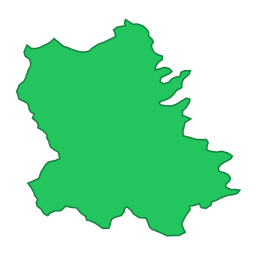 Santa Branca, São Paulo, Brazil, rotated 89°
{"feature_id": "56859067B45307591425781", "entity_name": "Santa Branca", "entity_type": "district", "adm_level": 2, "iso_a3": "BRA", "parent_name": "Brazil", "parent_adm1": "São Paulo", "projection": "equal_earth", "projection_center": [-45.869, -23.418], "detail": "fine", "context": "isolated", "style": "filled", "palette": "green", "viewbox_px": 256, "rotation_deg": 89, "n_neighbors": 0, "source": "geoboundaries", "source_scale": "gbopen_adm2", "svg_char_len": 2683}
<svg xmlns="http://www.w3.org/2000/svg" viewBox="0 0 256 256"><g transform="rotate(89 128 128)"><path d="M43.3,227.5L47.2,229.3L50.5,230.6L54.4,229.5L57.6,225.2L61.8,224.0L64.8,224.7L67.9,226.6L72.3,228.1L75.7,229.3L79.0,230.9L83.1,236.0L86.6,237.2L89.4,238.8L92.9,237.5L97.1,236.5L99.4,232.0L101.1,228.7L103.9,227.0L107.5,226.5L110.2,225.0L112.5,221.6L116.6,223.4L120.1,219.2L123.2,217.6L126.2,218.1L128.3,214.2L130.9,211.2L133.3,209.1L136.9,209.3L139.8,207.3L142.6,206.9L145.6,205.8L148.5,202.2L150.9,198.0L154.2,197.5L157.3,196.6L159.3,201.4L160.6,208.1L163.2,211.0L166.3,213.0L170.8,215.9L176.8,217.9L179.2,223.4L181.5,229.1L184.7,226.7L188.1,224.6L190.6,223.4L194.4,222.1L197.8,219.5L201.2,221.1L204.6,220.1L207.6,216.3L212.2,213.6L214.3,209.8L211.9,207.7L209.6,202.5L209.5,196.7L207.0,193.7L204.9,191.4L206.3,186.6L207.0,180.8L212.1,176.8L215.7,171.8L219.3,171.0L220.2,167.4L222.2,163.0L224.9,159.1L227.9,155.2L227.9,148.9L224.5,147.7L219.2,146.3L217.0,142.7L215.4,136.3L211.9,133.4L208.7,133.0L206.7,130.5L210.0,126.7L213.8,124.2L215.8,121.4L217.9,118.3L218.4,111.6L222.6,109.8L227.3,108.2L229.7,105.7L231.4,101.6L233.9,95.8L236.5,90.7L236.3,84.6L236.4,78.9L233.3,72.6L229.5,74.4L225.0,76.0L220.9,74.2L217.3,72.1L214.1,69.9L210.8,67.3L207.2,67.9L206.6,63.1L204.9,58.3L208.9,56.1L209.7,51.4L206.6,46.5L203.3,45.4L202.1,41.6L199.5,36.1L196.9,29.2L196.5,24.1L195.3,20.0L192.1,17.2L191.4,21.5L191.4,26.0L188.8,31.1L185.5,31.0L183.2,27.7L179.9,26.4L176.8,28.4L174.5,32.1L172.9,37.7L169.5,38.4L166.7,36.5L164.0,32.5L160.7,25.9L158.0,24.1L154.9,28.3L152.9,34.7L153.7,39.8L152.6,46.7L151.2,49.6L147.7,49.4L144.0,48.1L140.9,49.9L140.9,54.9L140.6,60.2L139.1,64.6L136.7,73.0L132.3,73.2L127.6,72.0L123.4,71.0L120.0,65.0L118.2,68.7L116.4,73.2L111.9,73.2L108.5,69.5L103.4,66.1L100.3,65.6L99.2,69.1L101.9,74.0L104.7,78.4L106.6,83.3L106.6,88.3L105.6,95.0L103.1,96.6L101.5,93.5L100.4,89.7L98.8,86.0L95.8,82.4L91.0,78.5L88.5,73.5L84.0,73.4L80.4,71.9L78.0,69.3L75.5,66.1L71.8,64.7L71.7,70.1L73.1,74.0L77.4,75.2L78.0,79.4L79.7,83.4L82.8,86.2L84.4,90.9L82.6,95.1L78.3,94.3L76.2,89.8L74.5,86.0L72.4,83.1L69.3,85.6L68.0,90.7L69.1,94.3L70.4,99.8L67.2,99.4L63.0,96.8L60.3,92.7L56.7,92.5L55.1,97.0L52.7,100.7L48.5,102.7L45.1,103.1L42.8,101.1L39.5,102.5L36.6,105.7L32.7,105.7L29.7,107.6L26.2,111.3L24.3,116.5L24.3,121.4L21.9,125.1L19.5,128.5L22.7,129.7L25.6,128.7L26.4,133.4L27.0,137.1L29.4,140.7L32.7,139.3L36.6,139.0L39.1,144.6L41.8,150.5L43.7,156.2L47.2,161.9L50.4,165.6L51.5,170.9L50.7,175.9L48.4,182.9L46.5,187.2L45.3,191.0L42.5,194.5L39.7,197.6L37.3,200.4L40.2,203.4L42.3,206.7L43.7,210.0L45.9,214.3L47.0,218.9L46.7,223.4L43.3,227.5Z" fill="#22c55e" stroke="#15803d" stroke-width="1.5"/></g></svg>